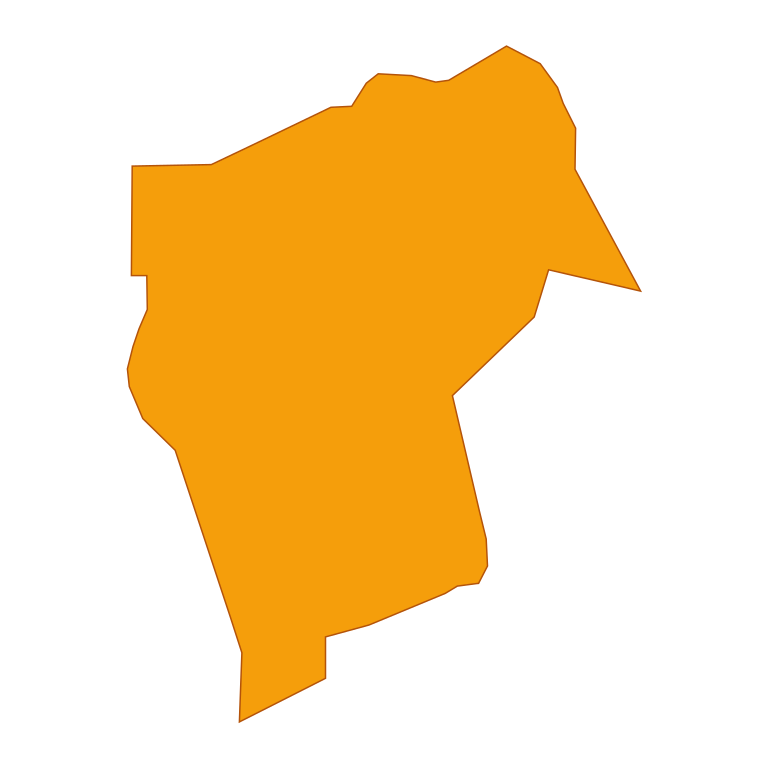 outline of Alto Feliz, Rio Grande do Sul, Brazil
{"feature_id": "56859067B88467476938960", "entity_name": "Alto Feliz", "entity_type": "district", "adm_level": 2, "iso_a3": "BRA", "parent_name": "Brazil", "parent_adm1": "Rio Grande do Sul", "projection": "equal_earth", "projection_center": [-51.302, -29.37], "detail": "fine", "context": "isolated", "style": "filled", "palette": "amber", "viewbox_px": 768, "rotation_deg": 0, "n_neighbors": 0, "source": "geoboundaries", "source_scale": "gbopen_adm2", "svg_char_len": 640}
<svg xmlns="http://www.w3.org/2000/svg" viewBox="0 0 768 768"><path d="M457.3,586.1L478.6,583.3L487.5,566.0L486.2,539.0L479.4,511.2L452.4,395.6L534.2,317.0L548.6,269.8L640.6,291.1L585.3,188.4L575.0,169.3L575.6,128.2L563.2,103.4L557.5,87.5L540.2,63.7L506.5,46.1L448.7,80.3L435.7,82.1L411.4,75.6L378.2,73.8L366.3,83.2L351.7,106.3L330.9,107.3L252.1,145.2L211.3,164.6L132.2,166.1L131.4,275.6L146.8,275.6L147.3,309.5L139.0,328.9L133.0,346.6L127.4,368.9L129.3,386.6L142.8,418.6L175.2,450.3L230.5,617.5L241.9,652.8L239.4,721.9L325.5,678.3L325.5,636.9L369.0,625.0L445.4,593.3L457.3,586.1Z" fill="#f59e0b" stroke="#b45309" stroke-width="1.5"/></svg>